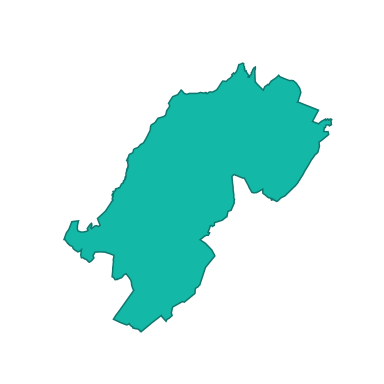 Jaunsātu pag., Tukums, Latvia (Robinson projection), rotated 125°
{"feature_id": "27541924B49068002315301", "entity_name": "Jaunsātu pag.", "entity_type": "district", "adm_level": 2, "iso_a3": "LVA", "parent_name": "Latvia", "parent_adm1": "Tukums", "projection": "robinson", "projection_center": [22.923, 56.96], "detail": "fine", "context": "isolated", "style": "filled", "palette": "teal", "viewbox_px": 384, "rotation_deg": 125, "n_neighbors": 0, "source": "geoboundaries", "source_scale": "gbopen_adm2", "svg_char_len": 5983}
<svg xmlns="http://www.w3.org/2000/svg" viewBox="0 0 384 384"><g transform="rotate(125 192 192)"><path d="M46.6,187.9L50.2,188.6L55.9,190.8L60.9,190.6L60.4,190.8L60.3,191.5L64.1,192.8L67.7,192.0L66.9,196.9L66.0,201.7L65.4,203.0L65.6,203.4L56.5,210.2L54.9,210.6L53.3,211.8L54.6,212.4L56.8,212.4L58.8,211.8L60.5,211.8L60.8,211.4L61.6,210.8L62.0,210.9L63.0,211.4L63.4,211.4L65.0,210.7L65.8,211.8L63.9,212.8L63.8,213.0L62.5,216.4L61.7,217.0L62.5,218.0L61.0,219.3L61.4,219.5L59.2,221.0L58.9,222.1L57.1,223.4L57.4,224.4L60.1,226.0L60.7,226.7L66.4,224.9L68.0,224.7L70.8,224.9L70.6,226.2L73.2,226.7L73.7,225.5L77.9,226.3L78.7,226.9L81.7,227.3L83.4,230.4L84.9,230.6L91.9,230.3L94.1,230.4L96.6,231.5L98.4,232.5L99.7,234.7L101.1,235.6L102.3,235.7L102.9,236.2L103.0,236.8L102.4,237.4L102.5,237.7L102.8,238.0L104.3,239.1L105.6,242.2L107.6,243.6L108.5,244.6L112.8,250.8L115.0,252.2L115.7,255.0L114.7,258.6L114.7,259.4L120.4,259.5L124.8,262.4L125.1,262.5L132.8,262.1L132.8,261.7L133.8,260.3L134.5,259.6L135.1,259.4L138.2,259.4L140.1,259.3L142.7,258.2L143.7,257.8L144.4,257.8L145.8,258.2L146.5,258.5L151.2,262.2L156.3,262.1L160.3,263.7L160.8,263.8L162.3,263.4L165.5,261.6L173.8,260.4L179.5,259.9L182.8,261.4L185.7,261.7L186.8,261.9L189.1,263.6L190.2,264.1L190.9,264.1L193.1,263.2L193.8,263.1L194.2,263.2L197.1,264.9L197.4,264.9L200.9,264.0L201.0,263.8L201.8,264.0L202.7,263.7L203.5,263.7L203.8,263.6L203.8,263.2L203.7,263.0L203.0,263.0L202.8,262.8L203.4,262.4L203.7,262.1L204.7,261.7L205.5,260.9L206.0,260.2L207.5,259.3L207.3,259.0L207.4,258.9L208.1,259.0L208.7,258.8L208.8,258.3L209.0,258.2L209.9,258.6L211.3,258.3L211.8,257.9L211.6,257.6L214.2,257.0L216.2,255.7L216.4,255.4L216.7,255.3L217.0,255.1L218.0,255.4L218.3,255.2L218.0,254.7L218.3,254.6L218.6,254.2L218.9,254.2L219.0,254.7L219.4,254.6L219.4,254.1L219.7,254.0L220.4,254.3L221.3,253.9L221.7,254.1L221.9,254.5L222.1,254.5L222.3,254.2L223.6,254.0L223.7,253.6L224.1,253.7L224.5,253.5L225.3,254.2L225.7,254.2L226.1,254.4L226.8,254.1L227.9,254.1L229.0,253.8L229.9,253.8L230.4,254.1L230.5,254.5L231.7,254.9L232.4,255.8L233.1,256.2L233.6,256.4L234.4,255.6L235.2,255.6L236.2,256.3L236.4,256.7L236.9,257.0L237.2,256.9L237.2,256.7L236.9,256.1L237.1,255.8L237.5,255.8L237.9,255.5L238.2,255.5L238.9,255.5L238.9,256.0L239.0,256.1L239.7,256.0L239.8,255.8L239.6,255.5L239.6,255.1L240.8,255.3L240.8,254.7L240.2,254.4L240.4,254.2L241.2,254.1L241.3,253.9L242.2,253.9L242.9,253.7L243.8,253.0L243.8,252.5L243.9,252.0L244.3,251.8L244.7,252.1L246.0,252.4L246.1,252.2L257.3,251.9L268.0,254.2L272.0,248.1L274.1,249.1L274.3,250.9L275.6,252.1L279.6,253.2L279.4,254.4L277.2,254.6L277.2,255.0L276.3,255.2L275.3,256.3L276.3,256.7L278.4,256.9L282.1,256.8L283.1,255.1L284.1,255.4L287.0,257.9L287.5,258.5L288.6,260.3L289.3,263.1L288.1,264.7L285.0,266.7L280.7,268.4L285.2,273.4L293.4,271.4L296.1,271.5L297.8,271.4L304.0,269.7L303.6,269.4L304.2,269.2L304.0,268.5L304.1,268.1L305.2,264.8L305.2,264.2L305.4,264.2L305.8,261.1L305.3,259.2L305.5,258.1L306.5,256.9L306.8,253.8L306.4,252.4L306.7,251.7L306.5,251.0L304.5,249.8L302.6,249.5L305.0,248.3L306.3,247.5L307.2,247.2L309.3,245.0L309.2,244.6L308.2,243.6L308.5,242.1L308.0,240.2L308.0,239.2L308.2,237.5L308.5,237.3L308.5,235.9L307.7,235.5L305.7,234.8L302.2,234.5L301.2,236.3L300.5,236.6L296.9,236.9L295.2,234.8L293.0,231.8L290.8,228.1L290.8,227.4L289.8,224.4L288.7,219.7L289.8,218.9L291.7,218.1L293.3,217.2L293.3,216.9L298.3,214.0L299.1,213.7L302.5,211.5L307.3,208.8L306.9,207.3L307.2,206.7L308.0,204.7L307.0,203.7L306.0,203.3L306.2,202.8L305.6,202.7L304.6,201.9L303.8,201.6L303.4,201.1L302.8,200.6L300.7,200.3L298.9,200.2L297.5,199.5L296.7,199.3L298.0,195.0L299.3,191.5L300.1,190.7L300.1,190.4L303.0,187.9L305.4,184.6L305.8,183.6L305.8,183.3L331.0,183.4L336.3,183.6L341.3,183.4L340.0,175.8L338.4,169.4L337.6,168.6L335.8,167.8L336.7,165.7L336.6,165.0L336.7,163.3L336.5,163.2L337.3,162.6L336.9,161.3L336.6,160.9L336.7,160.4L336.4,159.9L335.8,159.4L335.7,159.1L335.8,158.7L335.2,157.4L335.2,156.6L335.4,156.1L335.3,155.0L335.9,154.4L335.5,153.8L335.6,153.5L321.9,149.8L310.7,146.3L311.4,145.3L312.8,139.1L310.7,139.4L308.4,138.3L304.6,137.4L303.6,138.5L303.5,139.3L297.4,141.9L287.4,137.1L286.6,135.1L273.4,131.4L269.5,133.7L268.2,133.7L266.5,132.7L263.5,132.5L263.5,132.4L246.0,137.7L231.3,136.6L230.8,137.3L228.1,142.6L226.4,151.4L226.4,152.6L226.3,152.9L226.4,153.0L226.5,158.0L220.8,156.3L219.4,155.5L218.0,153.8L215.3,154.1L215.2,154.2L215.9,155.8L213.2,156.4L209.0,157.6L208.5,157.2L208.3,156.7L208.3,156.1L208.6,155.6L206.5,154.6L204.2,156.0L201.9,154.2L197.7,151.0L193.0,149.7L192.3,149.2L187.3,151.4L184.5,149.5L176.9,151.1L176.4,151.3L175.5,152.3L173.5,153.0L172.6,154.8L171.7,155.1L170.1,156.3L166.2,159.9L163.9,161.6L161.7,163.7L158.4,166.5L157.1,167.5L156.4,168.2L153.5,167.7L153.3,167.1L153.4,166.5L153.3,165.6L152.8,164.9L152.6,163.3L151.6,158.9L151.5,158.5L150.6,157.1L154.4,149.6L155.4,147.9L155.5,147.9L157.9,142.9L157.6,141.5L155.7,139.0L153.6,137.8L149.1,135.7L152.3,133.3L152.4,132.8L152.5,131.2L152.3,130.0L152.6,129.1L152.8,126.9L152.8,126.2L152.3,125.1L152.0,124.0L152.2,123.6L151.7,123.2L151.8,123.0L152.8,122.6L153.0,122.4L153.0,122.1L152.8,121.9L151.4,121.7L151.7,121.2L151.7,120.8L151.6,120.0L151.3,119.8L151.5,119.4L151.2,118.6L151.3,117.4L150.4,116.7L148.2,116.2L146.0,115.9L141.8,113.6L128.3,111.1L128.0,110.9L123.3,110.6L121.7,110.9L120.6,110.7L119.4,110.9L114.0,111.1L110.7,111.6L102.2,112.1L97.7,112.6L92.7,112.5L90.9,112.6L90.0,112.2L87.6,111.7L86.8,111.8L81.3,113.9L78.3,116.6L75.2,115.4L66.5,113.0L64.5,115.2L65.5,116.4L66.9,118.8L63.4,120.5L62.7,119.7L60.2,120.6L58.6,118.5L58.6,118.4L59.1,117.5L59.1,117.4L56.9,116.4L53.9,119.1L52.6,119.0L52.4,119.7L52.9,120.7L54.8,121.3L54.2,122.7L56.4,123.4L55.6,124.4L60.0,126.6L62.7,127.3L63.5,127.3L65.1,133.8L52.4,135.3L56.2,151.2L57.4,156.7L57.7,157.0L57.3,157.0L48.1,159.9L45.2,163.4L43.1,169.0L42.7,172.9L43.6,174.5L44.9,176.2L45.8,180.0L46.4,182.1L46.4,182.8L47.2,186.1L46.6,187.9Z" fill="#14b8a6" stroke="#0f766e" stroke-width="1.5"/></g></svg>